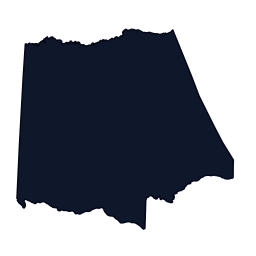 Apuí, Amazonas, Brazil (Robinson projection), rotated 93°
{"feature_id": "56859067B24093092109347", "entity_name": "Apuí", "entity_type": "district", "adm_level": 2, "iso_a3": "BRA", "parent_name": "Brazil", "parent_adm1": "Amazonas", "projection": "robinson", "projection_center": [-59.713, -7.593], "detail": "fine", "context": "isolated", "style": "filled", "palette": "ink", "viewbox_px": 256, "rotation_deg": 93, "n_neighbors": 0, "source": "geoboundaries", "source_scale": "gbopen_adm2", "svg_char_len": 5767}
<svg xmlns="http://www.w3.org/2000/svg" viewBox="0 0 256 256"><g transform="rotate(93 128 128)"><path d="M46.3,191.4L46.3,190.8L46.5,190.7L47.0,191.1L47.1,192.2L46.9,192.4L46.6,193.2L46.1,193.4L45.8,193.6L45.8,193.8L46.2,194.6L46.6,194.9L47.0,195.5L47.2,197.1L47.6,198.5L46.8,199.0L46.5,198.9L46.2,198.6L45.9,198.6L45.2,199.3L44.8,199.2L44.7,199.0L44.0,199.8L43.7,200.9L43.8,201.7L44.1,202.1L44.2,202.7L44.5,202.9L44.3,203.2L44.0,203.3L44.1,204.3L42.5,205.9L42.2,206.7L42.3,207.0L42.6,207.3L42.6,207.7L41.7,208.0L41.4,207.8L41.1,207.9L41.1,208.2L41.4,209.0L41.4,209.8L41.6,210.1L42.2,210.6L42.7,211.8L43.1,211.8L43.3,212.0L43.2,212.2L42.6,212.7L42.3,213.2L41.4,213.3L41.6,213.8L42.3,214.7L43.3,215.0L43.5,215.2L43.4,215.7L43.4,216.2L44.4,216.7L44.7,216.8L45.1,216.5L45.5,216.5L46.2,215.5L46.6,215.3L46.9,215.4L47.0,215.7L46.9,216.0L46.4,216.7L45.7,217.0L45.4,217.7L45.8,218.6L46.7,219.8L47.6,220.2L47.8,221.0L48.5,221.1L49.1,222.3L49.3,222.4L49.3,221.9L49.5,221.6L49.8,221.5L50.1,221.5L50.6,222.3L50.6,223.1L50.2,223.1L49.5,223.3L49.3,223.3L49.1,223.0L48.8,223.1L48.6,223.3L48.6,224.2L48.6,224.5L49.0,225.1L49.0,225.8L49.3,225.5L49.5,225.6L49.7,225.8L49.9,226.1L49.8,226.6L49.5,226.6L49.0,226.3L49.0,227.1L48.8,227.5L48.9,227.8L49.0,228.5L49.3,229.4L49.2,230.1L48.6,230.6L48.5,230.9L48.9,231.7L49.9,231.7L50.4,232.0L50.8,231.7L51.2,231.9L51.4,232.4L51.3,233.0L51.1,233.5L50.7,233.6L49.7,233.3L49.5,233.5L49.4,234.4L49.6,234.9L82.4,235.3L150.7,235.5L204.1,235.2L205.1,234.3L205.7,234.2L206.2,234.6L208.4,233.0L211.0,229.6L211.5,229.2L212.8,228.7L213.2,228.1L213.1,227.4L211.3,226.5L209.3,226.7L208.7,226.9L208.2,227.1L207.1,227.9L206.5,228.2L205.4,227.7L204.8,227.3L204.5,226.6L204.6,225.9L205.5,224.0L206.4,221.4L207.2,220.2L207.4,218.9L207.7,218.2L208.2,217.7L208.3,217.0L208.0,216.3L207.6,215.7L207.1,215.3L206.7,214.8L206.7,213.7L206.9,212.9L207.1,211.9L206.9,211.1L206.3,210.7L205.9,208.8L206.1,207.6L207.1,205.4L207.4,205.4L207.7,205.1L207.9,203.7L209.5,201.8L210.5,199.6L211.0,199.1L211.0,198.1L211.4,196.9L211.2,195.5L211.4,194.9L211.8,194.4L213.3,193.9L213.8,193.5L214.1,192.9L214.2,192.2L214.1,191.4L213.3,190.3L213.1,189.6L213.3,188.9L213.7,188.3L213.6,186.9L213.7,186.2L213.6,184.8L213.7,184.1L214.3,182.7L213.9,180.6L213.6,180.0L213.6,179.3L213.9,177.9L216.0,176.3L216.3,175.6L216.0,174.1L215.9,173.4L216.3,172.7L216.4,172.0L216.2,171.2L213.6,166.4L213.3,165.0L213.4,163.5L212.9,161.4L211.0,159.2L210.3,157.2L209.6,155.9L209.5,155.2L209.6,152.9L209.5,152.2L208.8,151.0L208.7,150.3L208.9,149.5L209.2,148.9L209.7,148.3L210.3,147.9L212.2,147.2L212.7,146.8L215.8,143.9L216.1,143.2L216.6,141.8L216.7,138.9L216.9,138.1L217.2,137.5L219.1,135.5L220.1,133.4L222.0,131.4L222.6,131.0L223.0,130.5L223.1,129.8L223.0,128.4L222.4,126.2L221.9,124.9L221.6,123.5L221.4,121.9L222.2,119.2L222.2,118.4L222.1,116.8L222.2,116.1L223.2,114.0L225.3,110.4L227.4,108.3L228.1,107.0L227.3,105.9L199.7,106.5L196.6,105.8L196.1,104.4L195.7,103.9L195.1,103.5L194.8,103.0L194.1,101.7L193.9,100.9L194.6,100.6L195.1,100.1L195.3,99.3L195.9,98.7L196.4,98.5L197.4,96.5L197.3,95.7L196.8,95.1L196.1,94.8L195.0,93.6L194.7,93.0L195.4,92.6L197.5,91.9L197.7,91.3L196.8,90.1L196.9,89.2L197.8,86.9L198.3,86.7L199.2,85.5L200.3,81.4L200.0,80.0L199.2,79.7L198.6,80.2L197.9,80.3L197.2,80.0L197.0,79.2L196.5,78.6L195.7,78.6L195.1,78.2L194.5,78.3L193.9,79.8L193.3,79.4L193.2,78.6L192.6,78.8L191.8,78.7L191.4,78.1L190.6,75.9L190.0,75.7L189.3,76.0L187.9,73.4L187.8,72.0L187.0,70.9L186.0,69.1L185.5,68.6L184.2,68.4L183.6,68.0L182.7,67.0L181.5,66.4L181.2,65.7L180.7,65.3L180.5,64.0L180.1,63.4L180.1,62.7L179.5,62.7L178.8,62.8L178.6,62.1L178.2,61.7L177.5,60.5L177.3,59.8L177.2,56.9L176.7,55.5L175.4,54.0L173.7,52.7L173.3,51.3L172.6,50.2L171.7,49.2L171.0,46.6L171.0,43.7L171.2,43.1L171.2,42.4L170.6,40.4L170.6,39.6L170.4,38.9L170.8,38.4L170.7,36.9L171.1,36.3L171.1,34.8L171.4,34.1L171.4,33.5L172.0,32.2L172.5,31.7L172.7,30.3L173.5,28.4L173.5,27.7L173.7,27.0L173.6,25.6L173.4,24.1L172.5,22.2L172.7,21.5L172.0,20.5L160.6,21.0L154.5,21.1L137.6,32.8L121.5,42.3L92.4,58.7L72.3,67.6L27.9,88.4L28.5,89.2L29.0,89.6L30.0,90.1L30.7,91.8L31.5,93.2L31.9,95.0L31.4,95.6L31.7,96.5L31.7,97.7L32.8,100.1L32.9,101.2L32.8,102.1L32.5,103.0L32.5,106.7L31.4,111.7L31.5,112.4L31.8,113.3L32.0,114.6L31.8,115.7L31.9,117.7L31.8,118.1L29.8,122.0L29.6,122.8L29.7,124.1L30.1,125.6L29.3,127.3L29.4,129.3L29.2,130.0L29.8,130.6L30.6,133.1L30.4,133.9L29.7,134.6L29.7,135.5L30.5,136.7L32.0,138.0L32.8,138.3L33.4,138.2L34.0,137.8L34.9,137.9L35.8,138.0L36.5,138.4L36.5,138.7L36.3,139.6L36.4,139.9L37.7,141.1L38.4,142.5L38.2,143.6L38.1,143.9L37.8,143.8L37.6,144.0L38.0,145.2L38.3,145.6L40.2,146.2L40.1,146.5L39.7,147.2L39.4,148.4L39.5,149.1L40.4,149.8L40.8,150.7L42.3,152.4L42.4,152.7L42.3,153.0L41.6,153.5L41.4,154.3L41.4,154.6L41.7,154.8L41.7,155.4L41.6,155.8L42.1,155.9L42.2,156.2L41.5,156.6L41.2,157.3L41.5,157.8L42.3,157.8L42.5,158.3L42.6,158.8L42.4,159.2L42.1,159.5L42.0,159.9L42.1,160.2L43.9,161.2L43.8,161.7L44.0,162.5L44.9,163.2L44.9,163.5L44.7,164.0L44.8,164.3L45.3,164.8L45.5,165.4L46.0,165.8L47.1,166.2L46.9,166.5L46.6,166.7L45.2,166.9L45.1,167.6L45.1,167.9L45.5,168.3L46.2,168.7L47.0,168.8L47.4,169.2L47.2,169.9L47.4,170.5L47.3,171.2L47.8,172.0L48.1,173.3L48.8,173.6L48.8,173.9L48.4,174.3L47.9,175.9L47.2,176.4L47.5,178.2L47.3,178.8L47.2,179.6L46.2,180.9L45.7,180.7L45.5,180.8L44.8,181.8L44.8,182.2L45.3,183.2L45.4,182.9L45.5,182.1L45.8,182.0L46.1,182.4L46.3,182.8L46.4,184.2L46.3,185.0L46.4,185.4L46.1,185.9L45.8,185.9L44.8,184.9L44.5,184.8L44.4,185.2L45.4,186.4L46.0,187.6L46.6,187.9L46.6,188.1L46.1,188.7L45.8,188.8L45.2,188.4L44.2,189.5L44.4,190.2L44.8,190.4L45.4,190.5L45.9,190.9L46.0,191.3L46.3,191.4ZM46.3,191.4L45.9,192.1L46.1,192.3L46.4,192.1L46.5,191.8L46.3,191.4Z" fill="#0f172a" stroke="#020617" stroke-width="1.5"/></g></svg>